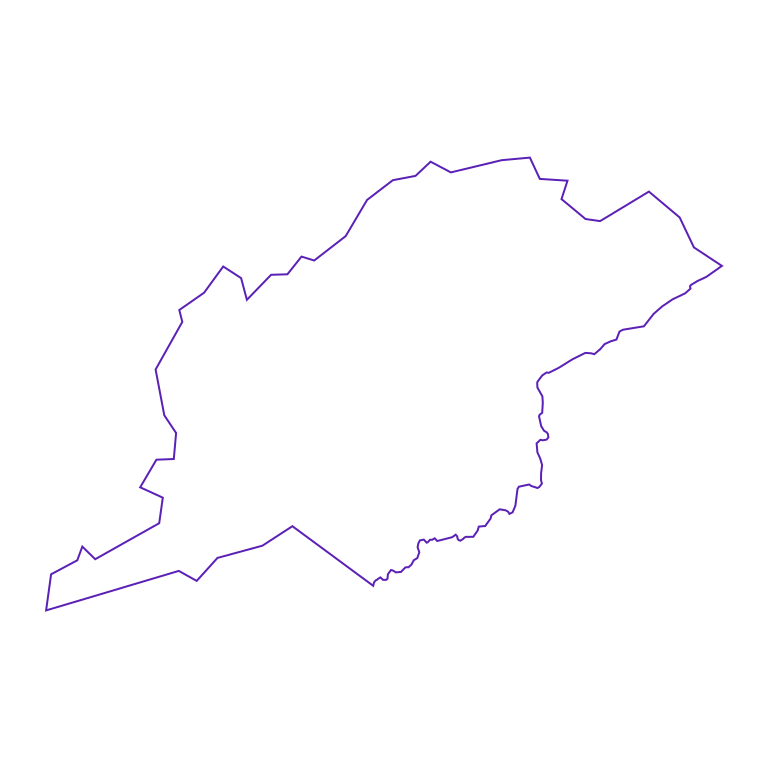 outline of Letcher, Kentucky, United States of America
{"feature_id": "52423323B26336068765795", "entity_name": "Letcher", "entity_type": "district", "adm_level": 2, "iso_a3": "USA", "parent_name": "United States of America", "parent_adm1": "Kentucky", "projection": "albers", "projection_center": [-82.803, 37.114], "detail": "fine", "context": "isolated", "style": "outline", "palette": "violet", "viewbox_px": 768, "rotation_deg": 0, "n_neighbors": 0, "source": "geoboundaries", "source_scale": "gbopen_adm2", "svg_char_len": 1994}
<svg xmlns="http://www.w3.org/2000/svg" viewBox="0 0 768 768"><path d="M223.2,266.5L204.1,292.7L179.3,310.0L182.3,321.9L155.6,369.5L164.3,415.3L176.1,433.0L173.8,459.0L156.4,459.7L140.2,487.3L162.8,497.7L159.2,523.2L95.2,559.2L82.3,546.6L77.3,560.3L51.1,574.3L46.1,610.4L178.8,570.9L196.7,580.9L217.5,557.9L262.4,545.7L292.4,526.2L373.2,585.8L374.0,582.5L375.1,581.0L376.0,580.2L376.8,579.9L378.1,578.8L380.4,577.4L383.1,579.9L386.1,579.9L387.5,578.7L387.9,574.2L391.0,570.0L392.2,570.3L393.6,570.9L395.9,572.4L401.0,571.9L405.3,567.5L406.7,567.2L408.4,567.3L411.4,564.7L413.8,560.2L417.3,558.1L419.3,552.2L417.6,547.3L418.3,543.5L419.9,540.4L423.8,539.6L426.7,542.7L427.7,542.3L430.1,539.7L432.1,539.8L434.7,538.3L437.2,541.0L452.2,537.2L455.7,534.7L457.2,536.4L457.7,539.0L458.7,540.1L460.3,540.7L463.2,538.9L463.7,538.2L465.3,537.1L465.5,536.9L473.3,536.8L477.6,530.6L478.8,526.6L485.2,526.0L490.6,518.5L491.4,515.3L499.7,509.3L505.6,510.3L508.1,511.7L509.4,513.9L512.6,512.3L515.4,505.6L517.5,489.0L518.9,486.7L529.1,484.5L531.3,486.0L537.5,488.0L538.9,487.2L539.3,487.0L541.9,483.6L541.0,480.0L541.1,473.1L542.1,465.1L540.2,458.5L537.4,452.3L536.6,443.4L540.4,439.8L542.8,440.3L546.6,439.6L548.4,437.4L547.9,434.0L546.8,432.4L544.0,430.7L541.2,426.2L539.0,416.2L539.7,414.7L542.2,412.8L542.8,402.7L542.4,396.4L537.4,387.5L537.2,383.0L537.5,381.7L542.2,375.5L546.5,372.5L548.8,372.8L558.6,367.9L572.6,359.2L585.3,352.9L591.2,353.3L594.3,354.2L600.3,349.1L604.6,344.1L610.7,341.3L616.4,339.6L619.5,331.6L621.2,330.6L623.1,329.7L643.9,326.3L653.7,313.8L662.3,306.3L672.8,299.2L685.2,293.3L690.5,288.6L690.0,286.2L690.9,285.0L697.5,281.0L706.3,276.9L721.9,265.9L693.9,247.4L679.7,217.5L648.9,191.6L600.1,221.1L585.5,219.0L561.5,199.1L567.5,180.7L539.8,178.9L529.9,157.6L501.6,160.2L450.8,172.4L430.6,161.7L415.5,175.9L392.8,180.2L367.1,199.9L345.7,236.1L314.2,260.5L301.5,256.6L287.4,274.3L271.1,274.8L246.9,299.8L241.1,278.1L223.2,266.5Z" fill="none" stroke="#5b21b6" stroke-width="2"/></svg>